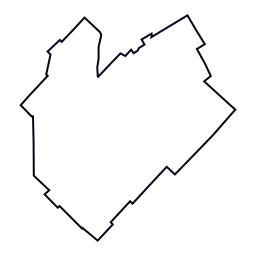 San Vicente, Buenos Aires, Argentina (Mercator projection)
{"feature_id": "61730980B97946268235834", "entity_name": "San Vicente", "entity_type": "district", "adm_level": 2, "iso_a3": "ARG", "parent_name": "Argentina", "parent_adm1": "Buenos Aires", "projection": "mercator", "projection_center": [-58.438, -35.081], "detail": "fine", "context": "isolated", "style": "outline", "palette": "ink", "viewbox_px": 256, "rotation_deg": 0, "n_neighbors": 0, "source": "geoboundaries", "source_scale": "gbopen_adm2", "svg_char_len": 956}
<svg xmlns="http://www.w3.org/2000/svg" viewBox="0 0 256 256"><path d="M112.8,224.4L110.7,222.2L123.3,208.6L130.1,201.3L132.5,203.7L147.7,187.2L161.1,172.8L166.7,166.8L174.9,174.4L196.9,151.8L212.7,135.4L235.3,109.6L229.0,104.0L218.7,94.6L204.2,81.4L210.8,76.0L204.7,63.1L196.9,49.0L204.8,44.2L196.0,29.9L187.7,15.8L187.4,15.4L176.4,22.0L152.3,36.6L151.4,37.2L151.8,34.9L151.6,33.6L141.6,39.5L144.5,44.6L139.1,47.9L137.5,50.8L133.6,53.2L131.1,49.7L125.3,56.0L120.5,53.4L109.5,64.8L98.1,76.8L97.8,76.6L97.3,68.2L97.3,66.8L97.5,65.8L98.4,60.1L98.6,59.3L98.6,47.1L98.7,46.4L101.1,35.9L101.1,34.9L101.0,34.2L100.7,33.5L100.3,32.7L99.8,32.0L94.3,26.8L84.5,17.6L72.0,31.1L61.7,41.9L59.8,40.0L47.6,51.5L50.5,54.6L46.3,74.2L46.2,74.5L47.7,75.8L28.2,96.7L20.7,105.2L31.5,116.3L33.0,116.3L33.6,142.6L33.7,158.8L33.8,175.7L49.2,190.2L44.6,194.4L57.7,207.7L59.5,206.0L82.0,228.5L82.4,227.9L97.7,240.6L112.8,224.4Z" fill="none" stroke="#020617" stroke-width="2"/></svg>